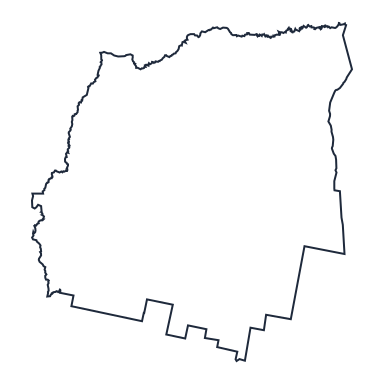 Burruyacú, Tucumán, Argentina
{"feature_id": "61730980B16369231979992", "entity_name": "Burruyacú", "entity_type": "district", "adm_level": 2, "iso_a3": "ARG", "parent_name": "Argentina", "parent_adm1": "Tucumán", "projection": "mercator", "projection_center": [-64.978, -26.55], "detail": "fine", "context": "isolated", "style": "outline", "palette": "slate", "viewbox_px": 384, "rotation_deg": 0, "n_neighbors": 0, "source": "geoboundaries", "source_scale": "gbopen_adm2", "svg_char_len": 5655}
<svg xmlns="http://www.w3.org/2000/svg" viewBox="0 0 384 384"><path d="M346.1,25.1L345.1,24.6L344.9,23.5L343.5,24.3L340.5,24.9L340.0,24.6L339.4,23.1L338.9,23.0L338.7,24.9L337.9,25.3L337.5,26.2L336.1,27.5L335.1,28.0L331.6,27.3L330.2,28.1L329.0,26.8L328.0,27.2L327.6,26.2L325.6,26.7L325.6,25.6L325.2,25.4L324.3,26.0L324.6,26.8L324.4,27.0L323.4,26.3L322.0,26.1L321.9,27.5L321.3,28.9L320.8,29.2L320.7,28.7L319.9,28.4L320.6,27.3L320.2,26.9L316.6,27.8L315.0,29.2L314.5,29.0L314.9,28.5L314.7,27.9L313.6,27.4L311.5,27.4L311.3,26.1L309.8,26.5L308.6,25.7L308.3,25.0L307.8,25.2L306.8,27.3L306.1,27.7L303.6,25.9L302.3,28.5L301.5,28.7L302.0,27.4L301.7,27.0L299.8,28.0L299.6,28.4L300.3,29.8L299.3,30.5L299.2,31.1L295.7,29.6L295.3,28.9L294.3,31.5L293.1,31.7L292.7,32.4L292.3,32.3L291.7,30.8L291.1,31.4L290.6,31.0L291.3,29.7L291.0,28.9L290.1,28.6L289.3,29.2L288.8,27.8L287.9,28.9L288.1,29.7L286.3,30.6L285.8,32.4L285.1,31.9L283.4,33.0L282.0,32.3L279.7,32.2L278.7,31.7L279.1,32.6L279.0,33.4L280.1,33.9L279.7,34.9L276.8,34.6L274.7,35.3L274.6,36.1L273.5,35.7L273.5,36.7L272.0,36.5L270.7,37.9L269.9,37.4L269.8,36.7L267.8,36.8L267.9,35.6L266.5,35.3L266.3,36.1L265.4,36.5L264.1,34.2L263.7,34.7L262.3,34.5L261.8,35.9L261.3,35.4L260.1,35.3L260.1,34.8L259.7,34.6L259.1,36.0L258.0,36.0L257.6,36.4L256.9,35.3L257.3,34.5L256.6,34.1L254.7,34.9L249.8,34.6L248.8,33.0L247.2,33.1L247.3,34.3L245.0,34.7L244.4,36.1L242.3,35.7L241.7,36.6L238.0,35.5L236.9,36.2L236.3,35.0L233.0,35.2L231.4,34.2L231.0,32.9L230.1,32.3L227.9,28.7L226.7,27.9L223.0,27.6L220.2,29.0L218.3,28.3L217.2,27.3L213.7,28.2L213.0,27.6L210.8,29.7L210.1,29.6L209.6,30.2L208.6,30.0L205.2,32.2L201.9,31.4L200.4,33.3L200.2,35.1L199.3,36.7L198.4,37.1L197.1,35.5L195.0,35.4L194.1,34.1L190.6,34.1L188.3,35.0L187.5,35.6L186.9,37.0L186.9,38.6L187.5,39.7L185.4,40.2L184.7,40.8L185.6,42.7L183.6,41.8L182.5,42.1L181.8,45.5L181.1,45.2L179.2,46.2L178.6,49.1L177.4,51.0L176.0,52.2L175.6,53.3L173.7,53.7L173.2,54.4L172.0,54.9L171.5,55.8L170.4,56.0L169.4,57.1L166.8,56.0L166.2,55.2L165.0,55.3L164.5,56.7L162.7,58.3L161.8,59.7L160.2,60.4L159.7,61.1L159.0,61.0L158.1,61.8L155.6,61.4L155.3,62.3L154.5,62.3L153.9,62.9L152.9,62.0L152.1,61.9L152.1,62.7L151.7,63.3L149.9,64.3L148.9,63.2L148.2,64.6L148.3,65.6L146.1,64.7L144.9,65.3L145.6,66.9L144.4,66.9L144.1,67.9L142.7,68.5L141.9,68.3L140.6,69.3L137.5,67.7L136.2,67.9L136.0,66.1L134.8,64.5L135.2,63.8L134.0,63.4L134.1,62.3L133.0,61.3L132.3,59.3L132.7,57.7L132.7,55.5L130.4,54.3L126.1,55.1L125.5,55.8L124.3,56.2L118.2,56.5L114.2,55.5L110.9,53.3L107.6,53.3L104.0,51.9L102.2,52.7L100.3,52.8L101.2,55.0L101.3,59.4L101.8,59.8L102.0,60.5L100.7,62.1L101.4,62.7L101.5,64.5L100.6,65.5L100.3,66.6L99.7,67.0L99.8,68.0L98.5,70.7L97.6,74.9L98.7,75.4L98.4,76.1L97.8,76.5L97.5,77.5L96.4,77.9L95.0,79.7L95.4,81.3L93.8,82.1L92.8,83.6L91.2,83.4L89.5,86.3L88.7,86.2L88.0,86.9L88.4,88.2L86.8,94.9L82.7,97.4L82.2,100.4L81.6,100.2L81.0,102.5L79.5,102.2L78.7,103.2L79.0,104.8L77.6,106.3L78.0,109.9L77.6,110.6L77.6,112.1L76.2,114.0L75.5,113.9L74.6,114.3L74.5,115.5L73.5,116.2L72.7,115.9L72.2,116.7L72.4,120.1L71.8,121.9L72.3,124.1L71.8,126.4L70.3,128.6L70.7,129.4L70.4,129.8L70.5,130.4L68.8,132.2L68.7,133.1L69.9,136.9L68.9,138.3L69.1,139.2L68.4,139.5L68.4,140.7L68.8,141.2L68.5,141.7L68.9,141.8L68.8,142.8L68.2,143.2L69.4,145.3L68.6,145.6L68.6,146.2L69.4,146.9L69.2,147.8L67.8,149.3L67.7,150.1L68.2,151.1L67.6,151.7L68.1,152.7L67.1,152.4L66.0,153.9L66.7,157.0L65.7,157.2L65.0,159.0L65.1,161.6L65.8,162.4L66.6,162.7L66.9,163.8L68.0,164.3L68.0,165.5L66.6,168.8L67.2,168.8L67.4,170.0L67.0,171.0L65.6,171.0L64.1,171.7L63.3,171.3L62.4,172.3L61.3,171.5L59.6,172.5L56.4,171.2L55.8,170.5L55.0,170.5L53.9,172.4L51.9,173.0L51.8,174.3L52.5,176.5L52.4,177.1L51.8,177.2L51.7,178.2L50.5,178.3L49.7,179.1L49.2,179.0L48.6,179.8L48.7,180.7L48.3,181.2L48.6,182.0L47.5,182.9L47.0,182.8L46.1,184.0L45.3,187.8L44.3,188.8L44.4,190.1L42.7,191.4L43.1,193.6L32.4,193.6L33.1,196.1L32.0,200.4L32.3,207.2L34.7,208.5L36.3,207.3L38.1,204.8L41.1,206.1L41.6,211.5L41.2,211.9L41.7,212.0L41.8,212.9L42.4,213.5L42.4,214.9L42.1,215.0L43.3,215.7L44.0,216.6L43.4,218.3L42.6,219.3L43.4,219.4L42.5,220.3L40.4,220.4L38.8,221.4L38.4,222.3L38.7,223.3L37.3,223.8L36.2,225.5L35.1,225.2L35.0,225.9L34.4,226.0L35.3,228.3L35.5,230.6L35.2,232.1L34.3,233.1L33.7,233.0L33.3,232.0L33.0,233.5L33.5,235.5L32.1,237.6L33.0,239.4L36.4,240.2L36.8,241.5L39.2,243.6L40.5,245.4L40.1,247.2L40.8,248.7L41.1,251.4L40.1,252.0L41.0,253.4L41.1,255.4L39.0,258.7L38.8,259.9L39.6,261.8L42.7,264.4L43.6,266.2L45.3,267.1L44.6,269.7L45.3,271.0L45.2,272.6L46.4,274.4L45.2,275.8L45.3,277.8L46.0,279.6L47.8,279.7L48.8,280.6L48.2,281.8L48.6,283.0L47.7,284.8L48.5,288.6L48.6,290.7L47.9,292.0L48.1,293.0L47.3,296.5L50.1,296.2L50.8,294.7L51.6,294.0L51.7,293.3L52.3,292.9L52.6,293.3L53.5,292.2L55.7,291.9L56.4,291.2L57.6,291.5L58.1,292.1L59.2,292.0L59.1,291.3L59.9,289.6L60.2,289.8L60.4,290.9L60.0,292.8L73.5,295.5L71.4,306.2L142.0,321.2L143.8,312.9L144.2,313.0L147.0,299.4L172.8,304.7L166.3,334.5L185.2,338.5L188.0,325.4L206.4,329.2L204.9,338.0L218.5,340.2L217.2,347.1L237.3,351.7L235.6,359.3L236.6,361.0L239.5,359.1L244.9,360.7L250.5,327.7L263.9,330.2L266.1,314.8L290.8,319.2L304.5,246.2L344.5,254.0L342.8,224.8L341.5,217.6L339.9,191.2L334.5,190.3L334.3,188.6L334.3,181.1L336.5,172.5L335.5,170.2L336.4,168.3L336.1,159.7L335.5,156.0L333.8,153.7L331.9,148.6L332.0,147.6L332.7,146.1L333.3,139.8L333.0,137.0L331.5,131.7L331.6,129.7L330.8,125.6L328.4,121.5L330.0,116.1L330.1,113.9L329.1,110.8L330.2,102.5L334.3,92.6L335.3,90.6L336.2,89.9L337.3,89.8L339.9,88.0L343.2,83.7L343.4,82.8L344.5,81.9L346.2,79.2L346.8,77.4L352.0,69.3L342.9,35.2L346.1,25.1Z" fill="none" stroke="#1e293b" stroke-width="2"/></svg>